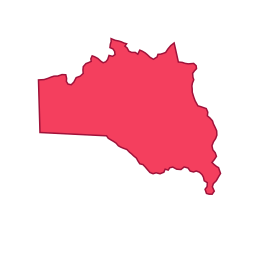 the district of Gracho Cardoso, Sergipe, Brazil, rotated 341°
{"feature_id": "56859067B73235576030104", "entity_name": "Gracho Cardoso", "entity_type": "district", "adm_level": 2, "iso_a3": "BRA", "parent_name": "Brazil", "parent_adm1": "Sergipe", "projection": "mercator", "projection_center": [-37.201, -10.239], "detail": "fine", "context": "isolated", "style": "filled", "palette": "rose", "viewbox_px": 256, "rotation_deg": 341, "n_neighbors": 0, "source": "geoboundaries", "source_scale": "gbopen_adm2", "svg_char_len": 1952}
<svg xmlns="http://www.w3.org/2000/svg" viewBox="0 0 256 256"><g transform="rotate(341 128 128)"><path d="M199.3,62.6L195.3,64.0L191.6,66.2L188.2,68.8L185.6,68.9L182.8,68.8L180.3,68.1L178.6,70.3L174.4,71.3L171.9,68.4L170.1,64.9L168.7,62.6L166.5,60.0L164.5,58.2L161.3,61.4L159.5,58.9L156.0,57.7L153.8,55.6L153.2,51.9L151.7,49.6L154.1,47.9L151.9,46.4L149.7,44.3L147.5,42.7L144.4,40.9L141.1,38.0L140.3,40.7L138.6,43.0L137.1,46.1L139.5,48.3L140.3,51.2L139.6,54.4L136.7,55.2L133.7,53.2L131.1,56.6L128.5,58.2L125.7,58.2L124.1,56.1L122.1,52.4L119.6,49.7L117.6,48.1L115.4,50.5L114.9,53.0L112.2,53.3L109.2,53.4L105.7,55.4L104.3,58.4L103.4,61.8L99.8,63.4L95.4,63.5L91.7,67.0L88.4,68.6L85.6,67.0L84.9,63.9L86.1,61.1L86.5,57.4L83.0,56.0L78.4,56.0L75.0,54.9L72.1,54.8L68.4,55.0L64.4,54.9L59.0,53.4L45.0,98.2L43.3,103.6L105.2,128.4L106.0,131.3L108.0,133.7L110.0,136.0L111.8,138.4L113.1,141.7L114.9,143.7L116.9,145.5L120.0,148.0L121.6,151.5L123.0,153.7L124.2,156.1L126.2,159.3L126.6,162.1L127.5,165.7L130.2,167.4L131.6,170.4L132.9,173.8L134.3,177.2L136.8,179.4L140.0,179.5L143.4,181.7L147.5,181.5L149.7,179.0L152.3,180.9L154.5,179.2L157.6,179.5L160.6,182.8L164.5,184.5L168.4,183.1L171.7,185.3L172.8,189.0L175.6,190.9L178.5,190.9L181.2,193.1L182.8,196.1L183.3,199.0L182.9,202.7L185.2,205.5L183.7,209.2L180.9,211.0L180.9,215.4L183.0,216.9L186.0,218.0L189.0,215.8L188.6,211.1L190.6,208.4L194.3,206.6L197.8,203.5L200.7,201.1L200.7,198.0L200.7,195.0L199.1,193.1L197.4,190.4L196.2,187.9L199.3,186.0L202.4,183.6L202.4,179.8L201.1,176.2L201.6,172.1L204.4,168.8L207.4,166.5L209.7,163.7L210.9,159.6L210.6,156.0L210.1,152.0L210.2,148.8L208.8,145.3L207.0,142.3L208.6,139.0L208.3,135.1L203.6,131.4L201.3,129.8L200.3,124.2L200.2,120.3L200.4,115.2L201.4,112.0L202.1,109.0L203.6,106.4L205.9,103.8L205.9,101.2L206.9,97.4L209.4,95.6L212.1,94.2L212.7,91.3L211.1,88.3L205.9,87.0L202.9,85.4L200.6,83.6L197.1,82.0L199.3,62.6Z" fill="#f43f5e" stroke="#9f1239" stroke-width="1.5"/></g></svg>